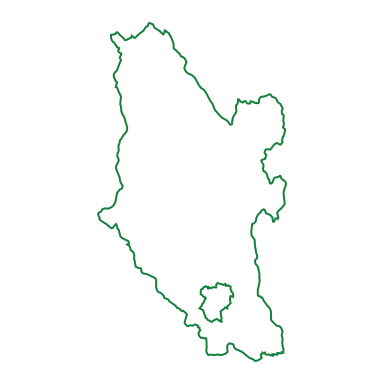 the district of Lima Puluh Kota, Sumatera Barat, Indonesia
{"feature_id": "22746128B97954273808268", "entity_name": "Lima Puluh Kota", "entity_type": "district", "adm_level": 2, "iso_a3": "IDN", "parent_name": "Indonesia", "parent_adm1": "Sumatera Barat", "projection": "equal_earth", "projection_center": [100.621, 0.029], "detail": "fine", "context": "isolated", "style": "outline", "palette": "green", "viewbox_px": 384, "rotation_deg": 0, "n_neighbors": 0, "source": "geoboundaries", "source_scale": "gbopen_adm2", "svg_char_len": 6034}
<svg xmlns="http://www.w3.org/2000/svg" viewBox="0 0 384 384"><path d="M184.6,322.9L186.8,325.8L188.1,326.1L190.1,325.3L192.7,325.7L194.7,324.6L195.7,324.5L198.0,325.8L198.0,327.2L199.5,327.7L199.5,329.3L200.3,330.1L198.9,332.2L198.5,333.5L198.8,334.8L199.6,336.5L201.1,337.9L202.3,337.6L203.9,338.4L205.7,338.0L206.3,338.7L206.7,347.6L206.3,350.2L206.4,351.5L207.7,354.4L208.5,355.0L211.4,354.6L213.9,355.1L218.0,354.5L220.3,355.1L222.3,354.8L225.6,353.7L227.6,351.9L227.1,346.3L227.6,345.1L229.4,343.3L233.3,344.3L234.3,347.6L236.4,349.5L239.2,350.4L240.1,351.3L241.3,351.3L249.0,357.6L253.6,359.6L255.0,361.0L257.7,360.5L261.1,358.5L261.7,357.5L260.9,356.4L261.1,355.0L260.9,354.4L261.9,353.9L262.4,352.6L263.0,353.2L264.2,353.3L264.9,352.7L265.1,353.8L266.4,354.7L269.2,354.5L270.4,355.4L271.2,355.1L271.8,355.4L272.1,354.7L272.8,355.8L273.4,355.5L273.6,354.2L277.1,354.7L277.3,352.9L278.6,353.0L278.7,353.5L281.1,353.3L282.0,353.0L281.8,352.3L282.6,352.4L282.4,352.2L283.3,351.5L283.6,349.5L282.9,347.5L282.3,343.8L282.5,338.2L281.7,335.4L282.5,331.3L281.3,328.1L279.6,326.3L276.6,325.7L271.4,320.5L270.9,317.8L271.1,313.7L270.7,310.7L269.9,308.4L267.5,305.9L263.4,300.2L262.2,297.6L260.9,297.3L260.2,296.4L258.6,296.1L257.8,295.2L257.8,289.9L259.0,284.7L259.7,280.2L259.3,277.8L259.4,273.5L257.8,266.6L255.6,264.0L255.2,262.6L254.9,261.0L255.5,259.6L256.7,258.7L257.2,257.7L257.2,255.6L256.1,252.6L254.8,244.1L254.7,239.9L251.5,235.3L251.3,231.5L252.1,224.3L252.7,223.6L253.8,223.5L255.8,221.3L256.3,218.1L257.5,215.6L258.7,213.8L260.3,212.6L261.6,210.5L263.8,209.3L265.0,210.4L266.0,213.3L269.8,214.7L272.4,217.4L272.9,221.2L273.2,221.8L274.1,221.6L275.5,218.4L277.4,218.1L277.8,218.7L278.2,217.8L278.3,216.6L277.2,213.2L277.7,211.7L282.2,207.4L284.6,204.4L284.6,202.5L283.5,192.8L284.6,188.1L285.8,185.5L285.9,183.2L285.4,181.7L281.3,178.5L280.7,176.6L280.3,175.9L279.8,175.8L278.5,176.9L274.8,177.7L274.0,178.4L272.3,182.7L270.8,183.6L269.8,183.3L269.2,179.6L267.9,178.2L266.9,174.3L265.2,171.7L263.6,171.2L262.9,168.6L263.5,166.3L263.4,164.6L262.3,163.0L261.3,160.8L261.4,160.3L262.2,159.9L265.2,158.7L266.3,155.0L264.6,153.0L264.5,152.3L265.6,149.7L266.5,149.3L270.4,149.5L273.8,145.1L275.8,143.3L277.3,143.1L279.7,144.5L280.5,144.6L281.0,144.3L282.4,142.2L282.5,141.7L282.1,140.1L282.2,139.4L282.9,136.6L283.6,136.2L283.8,135.0L284.9,131.6L285.0,129.4L284.8,128.8L283.2,127.8L283.0,127.1L283.9,124.6L283.8,122.7L283.2,120.2L283.8,115.7L283.6,115.0L282.1,114.2L281.8,112.1L281.8,111.0L282.7,108.4L280.4,104.0L277.7,102.1L276.8,99.8L275.5,98.0L272.0,96.7L270.8,94.8L269.6,94.2L265.6,96.1L260.8,97.0L259.3,98.8L259.0,99.6L258.9,102.2L258.3,103.2L255.1,103.0L253.0,101.7L251.5,101.7L250.8,101.2L250.6,101.3L250.5,102.6L250.0,103.5L247.7,103.5L246.7,102.8L245.7,101.3L245.1,101.0L243.9,101.4L242.8,102.4L242.0,102.4L240.2,101.1L239.1,99.6L238.2,99.3L237.8,102.9L237.0,104.5L236.0,105.3L236.3,111.7L232.9,117.4L232.5,118.9L232.8,119.8L232.1,121.3L232.1,123.7L231.6,124.4L230.2,124.8L227.3,120.8L221.6,117.4L215.5,110.7L214.6,109.4L212.4,103.6L210.2,100.7L206.5,93.6L204.1,90.0L201.0,87.9L198.8,85.1L194.7,77.5L191.6,75.0L187.4,73.1L185.7,71.2L184.3,68.4L184.7,66.5L186.4,62.3L185.1,58.9L182.9,56.9L181.1,56.5L179.1,53.1L177.7,52.3L176.7,50.9L173.9,48.6L173.6,47.2L173.5,43.4L170.8,36.5L169.6,34.9L168.7,33.0L166.3,31.7L166.1,31.0L165.0,30.4L164.5,31.1L164.4,32.5L164.0,33.6L163.2,34.4L159.5,30.9L154.6,27.8L153.2,24.9L152.4,24.1L149.5,23.0L148.8,23.2L147.8,25.9L145.7,27.2L143.3,30.9L139.1,33.9L134.9,38.0L133.6,37.4L131.8,35.7L131.1,37.6L125.8,40.2L124.8,40.1L123.5,38.2L119.7,34.8L118.1,32.8L116.7,32.2L115.1,34.2L111.0,34.9L111.2,38.7L112.3,41.1L113.2,42.1L114.2,42.5L115.1,44.4L116.4,45.8L117.0,47.3L118.9,47.8L119.1,48.8L118.2,50.2L118.5,51.6L119.4,52.6L121.0,53.4L121.4,54.2L119.7,57.5L121.1,60.5L120.0,62.2L117.2,69.9L114.0,73.8L113.6,76.1L115.7,81.3L117.1,82.0L115.8,87.1L117.0,87.3L118.7,91.8L121.0,96.4L120.2,104.2L121.1,107.2L121.2,110.6L122.4,114.3L124.1,116.8L127.2,127.3L127.1,129.3L126.5,131.5L124.9,133.8L123.5,135.1L121.0,139.3L119.8,140.5L119.7,142.4L118.4,146.0L118.7,150.2L118.4,151.8L117.4,153.7L117.3,155.6L117.5,156.9L118.4,158.5L118.7,160.8L115.8,166.9L116.5,169.8L119.5,177.2L120.4,182.1L122.8,186.2L121.9,188.4L119.7,189.7L117.2,192.7L115.3,202.2L113.5,205.5L111.3,207.3L109.4,208.2L107.9,208.6L104.6,208.4L102.5,209.2L100.9,211.8L99.0,212.5L98.1,214.0L98.5,215.7L99.7,218.0L99.5,219.3L101.6,221.2L106.7,224.3L110.6,227.8L111.9,228.2L112.9,227.8L113.9,226.2L116.1,224.1L117.0,226.1L117.3,228.3L118.8,230.1L120.3,236.1L121.0,237.2L122.6,238.4L128.4,241.1L128.9,243.4L127.2,244.5L129.2,245.5L130.4,248.3L130.4,249.5L131.5,251.0L132.2,251.1L133.6,252.7L134.4,255.8L133.9,259.0L134.3,259.2L135.7,266.7L138.7,268.2L140.8,268.3L141.3,269.3L141.4,271.4L142.4,273.1L147.5,274.4L155.2,278.1L156.0,279.6L156.2,283.2L156.0,287.2L157.6,291.3L158.1,291.9L160.7,292.9L162.3,294.2L164.0,296.3L164.1,297.4L164.6,298.2L167.3,299.0L168.3,299.7L169.5,301.5L174.1,304.6L176.8,307.1L176.9,307.7L179.8,308.9L181.0,310.6L182.4,311.1L182.9,310.6L185.5,312.7L186.8,314.4L186.8,315.2L185.2,320.0L184.6,322.9ZM223.7,284.9L224.3,284.4L224.9,284.7L225.4,284.0L225.9,284.6L225.7,285.2L225.9,285.8L227.7,285.8L228.4,285.3L229.8,286.4L230.6,286.6L230.6,289.5L231.3,290.5L231.5,291.9L232.8,293.0L233.3,295.1L233.1,296.8L230.5,296.1L229.9,298.6L230.6,303.3L227.4,306.2L227.4,308.4L225.2,307.4L224.2,308.6L220.6,311.3L221.0,315.5L221.6,317.9L221.0,320.1L221.7,321.5L220.6,321.6L216.9,319.0L213.2,320.6L211.9,321.9L210.3,321.5L209.5,320.6L207.8,320.0L207.1,318.7L205.5,317.7L205.5,316.5L204.4,314.2L203.1,310.1L199.5,308.3L201.6,305.9L202.5,303.7L203.4,302.9L205.2,298.8L205.8,298.3L205.2,297.4L202.9,296.3L202.3,295.2L200.7,294.3L200.8,290.5L201.5,289.1L202.5,289.1L203.7,287.1L204.3,287.1L205.5,286.3L206.3,286.3L206.9,287.1L208.0,287.0L207.8,287.6L207.9,288.5L209.0,288.5L209.8,287.8L211.5,288.1L212.2,287.4L215.0,287.2L216.0,287.5L216.4,286.6L216.3,284.4L217.5,283.1L223.7,284.9Z" fill="none" stroke="#15803d" stroke-width="2"/></svg>